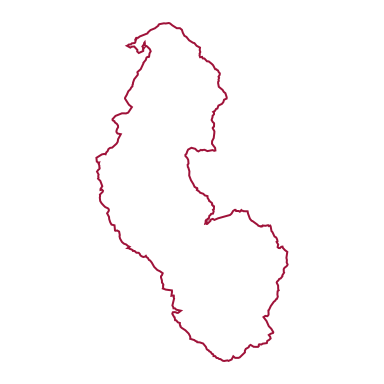 Manzalesti, Buzau, Romania (Equal Earth projection)
{"feature_id": "2599482B39900839669383", "entity_name": "Manzalesti", "entity_type": "district", "adm_level": 2, "iso_a3": "ROU", "parent_name": "Romania", "parent_adm1": "Buzau", "projection": "equal_earth", "projection_center": [26.631, 45.541], "detail": "fine", "context": "isolated", "style": "outline", "palette": "rose", "viewbox_px": 384, "rotation_deg": 0, "n_neighbors": 0, "source": "geoboundaries", "source_scale": "gbopen_adm2", "svg_char_len": 5995}
<svg xmlns="http://www.w3.org/2000/svg" viewBox="0 0 384 384"><path d="M228.5,360.9L231.6,359.5L233.3,356.3L235.2,357.9L238.4,357.9L239.7,357.4L244.9,352.4L244.9,350.7L245.8,348.9L248.6,347.3L249.4,345.7L250.6,344.9L253.7,346.8L258.0,346.9L258.8,346.1L258.7,345.1L259.2,344.3L261.5,344.5L262.6,343.7L266.8,343.1L267.3,340.9L269.1,339.9L270.6,338.5L270.2,336.8L268.8,335.0L270.8,333.7L273.0,333.0L273.3,332.2L271.3,328.8L268.8,326.2L266.5,321.0L263.5,317.1L265.3,315.9L267.2,316.2L268.2,315.4L268.6,314.3L268.4,310.4L269.0,309.9L270.8,306.0L273.8,301.8L275.3,300.6L276.0,299.3L276.9,298.9L277.8,296.7L277.4,294.5L277.6,291.2L278.7,290.3L278.2,289.3L278.1,285.5L276.7,282.7L277.0,281.7L278.5,280.3L279.1,279.1L280.7,278.4L282.4,276.3L282.3,275.4L284.1,272.6L283.8,272.1L283.7,269.2L284.5,267.8L286.6,266.2L287.4,265.1L287.6,264.5L286.7,262.5L286.9,260.0L286.4,257.9L287.3,251.9L284.8,250.0L282.9,247.9L282.5,246.6L281.3,246.8L279.9,248.1L278.6,248.0L277.6,247.1L278.2,244.5L276.6,241.9L277.5,241.3L277.1,239.4L276.2,237.5L274.5,236.5L272.5,232.2L271.5,231.1L270.6,226.2L270.1,225.5L268.9,226.1L268.1,225.2L265.5,225.8L262.7,225.5L262.4,226.3L261.3,226.1L261.0,226.6L258.3,225.7L257.6,224.8L252.4,221.0L251.6,220.8L249.9,218.7L248.0,213.5L247.6,211.3L243.5,211.2L242.6,210.7L241.9,210.8L241.3,210.1L239.8,211.7L238.6,211.0L236.2,211.0L235.9,210.9L235.6,209.9L234.7,209.9L233.1,211.0L231.5,213.7L230.0,215.0L218.1,218.3L214.4,219.9L212.8,218.9L211.1,219.5L210.3,220.0L210.4,220.9L207.3,223.9L206.8,224.0L206.1,223.3L205.2,223.6L205.3,223.1L206.6,222.5L206.7,221.8L205.6,221.1L205.7,220.7L206.3,219.8L207.7,219.7L207.7,218.8L208.9,218.2L209.4,215.7L210.4,215.1L211.1,213.9L213.0,213.6L213.7,211.2L213.0,209.8L213.9,209.2L214.0,206.3L212.9,205.8L212.7,205.2L212.0,204.8L212.2,203.9L211.8,202.8L210.5,202.0L210.1,201.4L209.1,200.9L208.9,199.9L207.6,197.9L207.5,196.1L204.8,195.4L203.3,193.8L200.1,192.7L199.2,191.5L196.9,190.0L197.4,189.0L197.2,188.2L196.5,188.3L196.0,187.6L194.6,186.9L193.3,184.0L191.0,180.3L189.2,175.6L189.4,171.3L188.3,167.5L187.9,167.1L187.6,164.8L188.5,163.6L188.2,159.9L187.3,158.1L185.4,156.0L185.4,154.8L186.5,153.7L187.2,151.5L188.1,149.6L191.4,147.8L195.2,148.8L197.0,150.7L198.4,151.4L200.9,149.9L202.1,150.3L202.6,150.0L204.6,149.8L207.4,151.1L212.6,150.1L214.2,150.8L215.4,150.5L215.1,147.9L212.0,143.8L212.1,141.1L213.7,138.1L214.3,133.2L214.4,131.3L212.7,128.2L212.8,127.6L214.0,126.6L214.1,123.6L213.8,122.9L212.8,122.1L211.6,120.0L212.6,116.9L212.5,116.0L214.0,114.2L214.0,112.8L213.2,111.9L215.0,110.8L216.0,109.0L217.4,108.5L218.4,105.6L221.9,103.9L223.3,102.2L224.1,99.7L226.6,98.6L226.7,97.3L225.4,93.2L223.7,91.8L222.6,89.9L218.8,86.8L218.1,83.1L218.2,81.7L218.8,80.9L218.5,79.6L219.1,77.9L218.5,76.8L219.7,74.8L219.8,73.3L218.7,72.1L218.0,70.5L216.8,69.9L216.4,69.3L215.2,69.2L213.1,65.2L211.7,63.8L208.7,61.4L207.0,61.3L204.4,58.5L202.7,58.4L202.1,56.9L200.1,57.2L199.5,55.3L199.8,54.2L199.6,53.6L200.3,52.0L199.7,50.1L200.0,47.6L196.6,45.8L194.4,43.1L192.9,42.7L189.1,40.3L186.4,36.9L184.4,35.8L182.8,32.7L181.9,29.8L179.9,28.2L176.8,28.2L172.4,25.4L170.1,23.5L168.9,23.0L165.7,23.5L164.0,23.3L159.2,24.2L158.5,24.9L158.4,25.6L154.9,28.3L150.5,30.1L148.0,32.4L147.5,33.4L139.7,36.5L138.1,37.8L136.2,37.9L135.4,39.5L136.1,39.6L135.6,40.6L135.3,42.2L134.7,43.0L131.8,43.4L130.8,44.4L128.7,44.6L127.7,45.5L127.0,45.8L130.3,47.6L131.7,46.7L134.2,46.5L137.4,50.0L137.2,51.5L138.8,53.0L143.2,51.0L143.3,48.9L144.0,48.0L143.1,48.3L143.2,47.7L142.4,46.5L144.0,44.3L144.1,43.1L144.7,42.3L144.9,43.9L144.5,45.2L146.9,46.3L149.2,48.5L149.9,49.3L150.7,51.3L149.5,53.5L149.1,56.5L148.8,57.0L147.5,56.9L146.5,57.6L145.8,59.9L143.4,62.8L143.5,63.2L140.7,69.2L137.5,72.0L137.4,72.6L137.9,73.8L137.7,74.9L134.2,79.3L133.0,82.8L132.9,84.2L132.5,84.8L132.4,86.4L131.3,87.4L130.3,89.3L128.3,91.3L126.8,94.8L125.1,97.7L125.0,98.6L128.9,104.7L131.9,107.1L128.2,112.6L126.1,113.4L122.0,113.3L115.5,115.9L112.5,119.2L112.7,120.3L114.5,121.3L114.8,122.3L116.9,123.9L118.0,125.6L118.1,127.2L117.0,129.1L116.4,131.2L116.6,132.3L117.5,133.5L120.8,134.2L118.1,139.2L117.7,141.8L116.6,143.6L112.2,147.6L110.1,147.9L108.5,149.0L107.5,151.3L106.3,152.4L105.6,154.3L104.3,153.9L101.9,154.4L96.4,157.8L96.8,161.6L98.0,162.3L98.4,163.2L99.1,162.8L98.8,164.2L99.4,165.8L99.3,167.0L99.7,168.1L99.3,169.1L98.4,169.7L97.0,171.6L98.6,174.6L98.2,176.1L98.5,177.4L98.0,178.6L100.3,180.9L102.3,186.2L100.5,189.0L100.5,190.0L102.0,189.7L103.0,190.8L102.7,191.8L99.9,194.6L100.1,195.9L99.8,197.6L100.2,201.0L101.6,203.3L104.0,205.9L105.3,207.1L107.9,208.3L108.7,209.2L108.9,210.2L108.6,211.2L107.1,213.3L109.0,216.9L109.2,219.1L110.2,222.2L111.5,224.6L114.5,225.3L115.0,230.5L115.7,230.8L117.2,230.5L119.1,231.6L119.8,235.1L119.5,236.2L120.0,238.5L121.9,241.9L123.8,243.6L126.2,244.5L127.9,246.0L129.5,246.8L127.7,248.1L129.1,248.3L129.6,248.8L131.6,249.5L132.8,250.3L132.9,250.9L134.6,251.0L136.4,252.7L138.7,252.8L139.8,254.0L140.4,255.4L141.7,256.3L143.3,257.0L145.1,256.6L145.9,255.9L146.6,257.2L147.9,258.0L148.9,259.9L150.1,260.5L151.7,262.5L154.2,266.9L157.3,270.0L160.0,271.3L162.7,273.2L162.0,275.1L161.0,276.3L161.0,277.5L161.9,280.3L162.0,282.6L162.8,283.6L163.4,284.9L163.0,285.8L163.2,287.5L162.8,288.5L165.8,289.6L171.9,290.4L172.0,292.0L171.4,295.8L173.7,295.5L173.9,296.0L173.7,297.5L174.1,298.4L172.4,305.5L173.5,307.7L173.5,308.3L175.0,308.4L176.3,309.7L180.9,310.7L178.2,312.8L177.1,312.9L175.8,312.3L174.3,312.1L172.8,312.3L172.3,313.8L174.1,317.0L174.6,317.3L175.1,320.2L176.3,320.4L177.8,322.3L179.9,323.0L179.8,324.1L179.9,325.0L180.5,325.9L180.4,326.6L181.6,327.8L185.4,330.3L188.7,333.6L190.1,336.3L190.4,338.1L190.2,338.8L194.4,340.1L195.6,341.1L196.8,341.4L197.2,342.2L199.8,342.4L203.1,343.5L205.9,346.9L206.7,349.1L207.3,349.7L208.8,350.5L209.2,351.3L210.7,352.0L211.9,353.8L212.9,354.1L213.7,355.6L213.6,356.1L215.3,356.2L216.5,357.9L217.8,358.0L219.2,359.0L220.5,359.1L222.7,360.7L224.1,361.0L227.4,360.4L228.5,360.9Z" fill="none" stroke="#9f1239" stroke-width="2"/></svg>